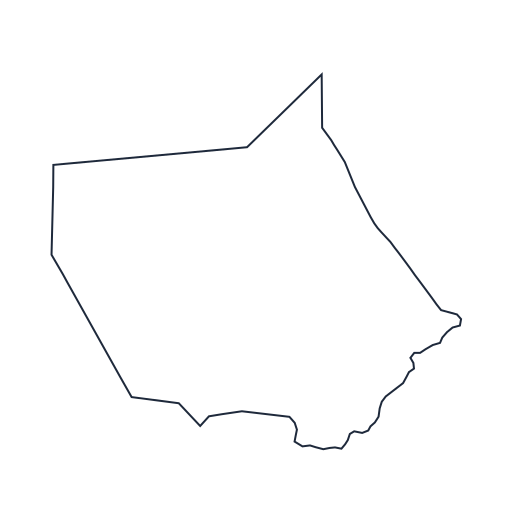 Nova Fátima, Bahia, Brazil (Natural Earth projection), rotated 95°
{"feature_id": "56859067B84530933937954", "entity_name": "Nova Fátima", "entity_type": "district", "adm_level": 2, "iso_a3": "BRA", "parent_name": "Brazil", "parent_adm1": "Bahia", "projection": "natural_earth1", "projection_center": [-39.609, -11.617], "detail": "fine", "context": "isolated", "style": "outline", "palette": "slate", "viewbox_px": 512, "rotation_deg": 95, "n_neighbors": 0, "source": "geoboundaries", "source_scale": "gbopen_adm2", "svg_char_len": 1102}
<svg xmlns="http://www.w3.org/2000/svg" viewBox="0 0 512 512"><g transform="rotate(95 256 256)"><path d="M182.9,465.8L205.5,464.0L272.6,459.8L291.0,446.8L297.9,442.2L388.4,380.7L407.4,367.6L409.4,320.1L430.2,296.8L419.8,288.9L416.5,275.9L411.9,256.5L413.3,208.7L418.8,202.9L425.4,200.1L430.6,200.7L437.5,201.4L441.6,193.1L440.0,185.7L441.3,179.8L442.6,172.1L440.8,165.9L439.8,160.6L440.5,154.1L435.8,150.8L431.4,148.5L425.1,147.0L422.1,142.9L423.0,134.8L420.1,129.0L415.7,127.1L411.5,123.1L405.4,119.9L397.0,119.5L390.2,118.0L384.6,114.5L380.0,109.5L375.3,104.4L369.8,98.4L362.7,95.3L358.3,93.5L354.4,88.8L348.8,89.9L344.0,93.3L338.7,89.9L338.2,84.1L334.1,79.0L329.3,72.2L326.5,65.1L321.0,63.3L315.1,59.0L310.1,53.9L307.5,46.8L301.0,46.2L296.7,50.7L293.8,66.9L288.5,71.9L282.2,77.3L268.2,89.7L261.1,96.1L254.8,101.4L248.0,107.4L240.4,114.2L235.9,118.4L230.3,123.3L226.8,127.2L221.3,133.3L217.6,137.2L213.2,141.0L207.2,145.2L178.6,163.5L154.7,175.7L142.6,184.8L138.5,188.0L134.0,191.2L122.5,201.3L69.4,206.4L148.4,274.4L151.0,288.7L182.9,465.8Z" fill="none" stroke="#1e293b" stroke-width="2"/></g></svg>